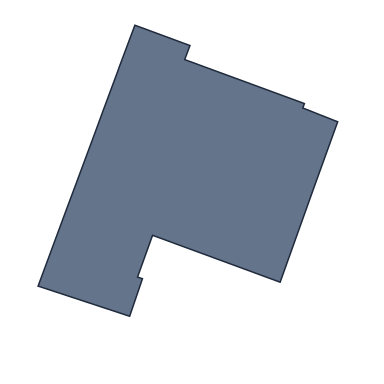 outline of Polk, Arkansas, United States of America, rotated 19°
{"feature_id": "52423323B90433618963574", "entity_name": "Polk", "entity_type": "district", "adm_level": 2, "iso_a3": "USA", "parent_name": "United States of America", "parent_adm1": "Arkansas", "projection": "mercator", "projection_center": [-94.282, 34.459], "detail": "fine", "context": "isolated", "style": "filled", "palette": "slate", "viewbox_px": 384, "rotation_deg": 19, "n_neighbors": 0, "source": "geoboundaries", "source_scale": "gbopen_adm2", "svg_char_len": 459}
<svg xmlns="http://www.w3.org/2000/svg" viewBox="0 0 384 384"><g transform="rotate(19 192 192)"><path d="M306.8,85.7L306.9,78.2L269.4,76.5L269.5,71.8L142.0,69.2L142.4,54.2L83.7,52.9L83.2,71.2L82.5,97.4L82.5,101.5L81.4,146.5L81.4,147.9L81.0,167.4L79.9,212.8L79.8,215.4L79.7,221.5L79.1,243.7L79.0,247.6L77.1,331.1L173.5,329.8L173.4,290.1L168.2,290.2L168.8,245.8L304.7,248.6L305.9,145.0L306.8,85.7Z" fill="#64748b" stroke="#1e293b" stroke-width="1.5"/></g></svg>